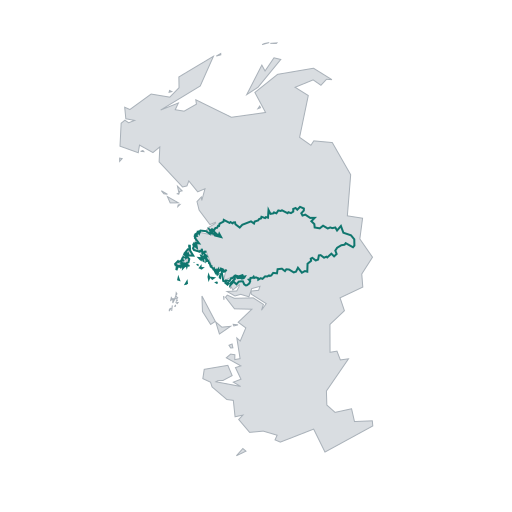 Krasnoyarsk on a map of Russia (orthographic projection), rotated 258°
{"feature_id": "RUS-2603", "entity_name": "Krasnoyarsk", "entity_type": "Territory", "adm_level": 1, "iso_a3": "RUS", "parent_name": "Russia", "parent_adm1": "", "projection": "orthographic", "projection_center": [95.961, 66.535], "detail": "fine", "context": "in_parent", "style": "outline", "palette": "teal", "viewbox_px": 512, "rotation_deg": 258, "n_neighbors": 0, "source": "natural_earth", "source_scale": "10m", "svg_char_len": 9827}
<svg xmlns="http://www.w3.org/2000/svg" viewBox="0 0 512 512"><g transform="rotate(258 256 256)"><path d="M427.7,351.3L412.7,366.9L414.2,361.7L409.5,355.0L416.4,348.5L412.9,329.3L402.1,340.5L363.0,323.3L352.9,332.7L356.6,336.5L351.1,354.2L315.8,365.5L276.3,353.7L270.8,368.1L251.1,361.1L230.6,369.7L216.4,355.7L203.4,354.0L197.6,329.5L184.1,331.1L173.7,314.1L146.4,308.4L146.1,315.4L136.8,316.9L136.2,325.1L109.3,296.8L95.5,294.3L86.6,300.8L86.7,317.7L73.6,317.9L70.6,335.5L65.5,334.9L49.9,282.7L74.7,276.4L68.9,241.1L72.2,236.4L76.3,239.4L83.2,226.7L84.8,213.1L99.7,205.1L103.1,210.1L103.1,202.1L119.5,203.8L121.7,197.6L137.1,185.8L142.0,185.3L147.1,178.5L155.9,181.8L154.9,205.7L144.0,207.8L141.1,197.8L142.0,192.9L141.3,190.6L131.6,213.8L137.3,207.6L138.6,215.7L151.1,212.7L151.7,218.3L162.6,205.8L165.3,210.8L163.8,214.8L159.1,213.7L158.9,219.1L179.8,220.2L176.1,222.9L187.8,231.1L194.9,224.8L204.8,240.9L208.8,224.0L222.0,217.6L223.7,219.8L219.1,226.1L215.6,244.6L207.1,253.2L201.8,250.1L207.3,256.1L219.6,243.5L222.7,243.8L221.9,251.4L225.5,253.6L225.0,245.0L217.6,240.6L221.7,233.0L221.3,227.1L227.3,220.3L225.8,229.9L230.0,233.4L231.4,233.7L227.6,226.3L232.9,224.8L240.4,231.0L237.0,237.4L238.2,240.8L241.2,231.4L238.5,218.9L248.5,223.8L250.7,219.7L248.6,214.2L251.0,211.3L270.6,208.3L269.3,204.2L275.7,196.0L291.7,203.9L281.9,225.8L289.3,216.6L294.0,216.1L296.1,222.4L296.7,223.4L297.4,223.3L296.3,217.5L312.7,209.9L321.5,209.6L325.1,214.8L321.6,214.5L332.4,220.1L330.9,212.3L343.4,205.9L338.9,203.0L338.8,198.5L368.2,180.8L382.7,184.6L378.6,176.7L388.7,165.1L381.5,162.3L391.7,145.8L413.9,151.7L416.1,156.0L412.8,159.1L413.9,165.4L417.3,157.2L428.8,158.5L425.5,163.1L436.2,187.1L429.3,204.7L436.6,215.7L447.2,217.8L460.2,255.9L433.9,236.8L418.6,193.1L421.8,211.9L415.9,207.4L412.6,215.8L416.9,229.3L421.3,229.6L396.8,260.8L394.4,295.2L416.2,288.9L429.2,314.9L427.7,351.3ZM228.1,194.8L200.5,202.6L198.5,197.4L212.9,192.1L228.1,194.8ZM415.8,280.5L441.5,301.4L435.1,303.3L446.1,314.8L443.1,321.1L420.6,293.0L415.8,280.5ZM187.3,204.0L199.9,202.9L193.5,207.8L192.5,216.5L187.3,204.0ZM324.1,191.2L325.8,183.1L332.5,181.7L324.1,191.2ZM264.1,182.4L269.9,189.1L261.9,186.0L264.1,182.4ZM262.6,176.7L267.1,178.8L260.6,180.7L262.6,176.7ZM271.6,186.6L276.6,190.6L269.4,194.7L271.6,186.6ZM334.8,182.2L336.0,178.8L339.5,177.0L334.8,182.2ZM64.7,195.3L70.4,203.1L67.2,205.6L64.7,195.3ZM222.5,162.9L225.1,163.9L219.8,162.1L222.5,162.9ZM335.0,193.7L340.6,193.7L335.1,197.3L335.0,193.7ZM174.9,214.3L171.0,214.3L171.3,212.1L174.3,211.0L174.9,214.3ZM227.3,164.8L229.8,165.4L230.0,167.0L227.3,164.8ZM233.7,169.2L231.4,170.7L230.4,169.0L231.7,167.9L233.7,169.2ZM235.4,170.8L234.0,169.4L236.7,170.3L235.4,170.8ZM193.9,219.5L192.4,224.1L192.2,219.8L193.9,219.5ZM262.8,183.5L260.9,184.8L259.9,182.9L262.8,183.5ZM230.3,163.3L233.0,164.5L231.1,165.3L230.3,163.3ZM380.1,143.0L379.1,145.3L376.9,142.3L380.1,143.0ZM222.0,160.3L222.7,162.1L220.1,159.6L222.0,160.3ZM222.8,216.2L219.8,215.5L223.0,215.9L222.8,216.2ZM291.4,212.7L293.3,215.1L290.8,214.1L291.4,212.7ZM382.3,164.9L382.7,167.3L381.4,168.0L382.3,164.9ZM228.8,169.7L228.2,168.2L229.6,170.1L228.8,169.7ZM231.5,165.7L231.1,167.5L230.5,165.7L231.5,165.7ZM461.5,305.9L462.1,308.5L462.0,313.3L461.5,305.9ZM226.9,168.2L226.7,170.1L225.8,169.1L226.9,168.2ZM232.9,224.3L230.3,224.8L229.9,224.4L232.9,224.3ZM435.9,205.9L434.3,207.8L434.2,205.0L435.9,205.9ZM333.2,192.0L334.0,194.2L332.5,193.3L333.2,192.0ZM399.7,288.5L401.9,290.8L400.1,291.2L399.7,288.5ZM459.8,258.7L461.4,263.6L460.1,263.4L459.8,258.7ZM224.9,167.2L223.6,166.8L223.7,166.1L224.9,167.2ZM235.3,221.0L234.3,222.9L234.0,222.2L235.3,221.0ZM322.1,190.5L322.1,192.2L320.6,189.8L322.1,190.5ZM459.7,320.1L461.0,314.2L460.1,320.7L459.7,320.1Z" fill="#d9dde1" stroke="#a8b0b8" stroke-width="1"/><path d="M232.9,224.9L234.7,225.6L237.8,230.5L240.7,231.0L239.9,232.8L238.2,233.3L237.8,236.4L236.8,237.5L236.9,239.8L237.0,237.5L239.1,235.2L239.2,236.8L237.4,240.1L238.3,240.9L238.3,239.3L240.1,238.8L239.6,234.7L241.3,231.7L239.2,228.4L239.5,227.2L237.1,225.0L238.0,222.5L237.3,221.0L238.0,220.9L237.6,220.1L238.4,218.8L249.9,219.2L247.3,221.2L247.3,222.2L248.6,224.4L247.4,221.5L249.8,220.8L250.9,219.2L248.4,216.0L250.7,216.3L249.6,215.2L250.1,215.0L248.5,214.2L249.2,213.2L250.4,214.7L250.2,214.1L251.4,212.8L251.1,212.5L252.1,212.4L251.0,211.4L252.4,211.9L254.8,209.7L255.4,210.2L255.9,209.4L258.4,209.2L258.7,208.6L259.7,208.7L261.5,208.1L262.5,207.6L260.5,207.4L262.2,206.9L261.8,206.4L266.2,207.5L265.9,208.0L269.4,205.5L270.8,206.8L270.6,208.4L271.0,206.4L269.3,204.1L274.3,204.5L272.2,203.6L272.6,202.3L272.0,201.7L274.7,196.6L276.7,196.0L279.1,197.8L276.4,199.9L281.2,200.1L280.2,202.9L286.4,200.0L288.4,201.3L288.1,202.2L289.4,201.9L289.2,202.6L289.9,203.0L289.6,203.7L290.2,202.1L291.3,204.5L291.9,204.3L291.9,206.3L291.8,205.6L291.0,205.6L291.0,205.4L289.9,204.9L289.6,205.0L292.4,207.0L290.7,212.2L287.7,215.1L288.4,215.1L286.1,219.7L284.6,220.1L281.8,225.8L285.4,224.7L283.5,223.6L290.9,218.3L291.3,218.6L290.0,220.4L291.8,222.1L291.7,223.8L293.4,225.2L293.1,226.1L295.2,227.1L296.4,231.4L298.0,232.0L293.9,237.0L294.5,238.1L292.8,239.9L293.5,240.9L293.3,242.5L291.3,242.5L287.2,246.0L289.4,249.1L290.9,258.3L288.2,260.8L290.0,261.9L290.4,265.6L291.5,266.7L291.7,268.7L293.2,269.5L291.2,272.8L292.0,273.8L291.0,275.7L298.4,277.8L294.2,278.9L294.1,282.0L294.9,282.7L293.5,284.8L295.9,287.3L294.9,289.6L295.3,290.9L291.3,295.8L292.1,296.8L290.7,299.1L291.7,301.7L294.3,302.2L294.7,304.7L292.7,306.0L294.9,309.3L292.5,312.7L290.5,312.2L288.4,309.2L285.9,309.9L286.2,312.8L282.0,316.9L281.1,321.3L278.5,317.4L275.1,319.7L271.7,319.3L269.8,324.1L271.7,327.9L268.0,331.9L268.5,334.5L267.4,336.4L267.4,339.5L264.1,340.6L267.7,345.3L260.6,346.3L256.5,353.2L251.9,355.6L245.7,354.4L244.4,352.7L249.9,346.4L248.6,345.0L248.8,341.7L247.2,337.1L244.8,334.7L241.2,335.3L239.4,332.3L242.6,330.2L239.8,325.4L240.7,324.7L240.2,322.2L243.4,319.4L243.5,317.6L239.6,316.0L239.2,313.5L242.5,310.7L242.0,309.0L239.8,308.9L237.7,304.8L230.0,302.9L231.1,300.7L230.1,297.4L235.8,294.6L232.4,291.9L232.1,289.5L235.9,285.5L236.7,282.9L235.2,281.2L238.2,278.7L238.6,274.4L234.7,272.9L235.9,269.3L233.8,266.9L233.6,265.3L234.3,264.7L233.6,262.8L234.2,260.7L232.3,257.6L233.3,256.0L232.4,253.3L233.8,253.5L235.1,251.5L234.9,249.7L236.3,249.4L235.4,248.2L235.7,246.1L234.4,245.6L234.4,244.1L232.6,245.1L230.5,243.7L229.3,241.1L229.3,240.0L230.7,238.6L233.9,237.9L234.3,236.3L234.5,233.8L232.4,231.0L235.5,228.8L232.9,224.9ZM269.8,188.6L266.9,190.1L263.8,188.6L263.3,186.1L262.6,186.2L262.8,185.3L262.1,186.3L261.7,185.6L263.8,184.1L263.3,183.6L264.1,182.3L266.9,181.9L267.4,182.6L266.5,184.7L267.9,182.6L269.6,183.9L269.4,187.0L268.7,187.1L269.8,188.6ZM265.0,175.2L267.2,178.6L266.3,179.0L266.7,181.0L266.4,181.6L263.6,182.2L262.8,183.0L261.0,181.8L262.3,181.1L260.4,181.0L261.7,180.5L261.0,180.1L261.9,179.8L262.5,178.1L261.7,178.2L262.3,176.9L264.8,175.7L264.4,175.3L265.0,175.2ZM276.7,190.7L276.2,192.3L269.4,194.7L270.5,190.3L271.4,190.2L271.0,190.0L271.0,188.9L271.2,188.6L271.8,188.9L271.1,188.4L271.2,187.5L272.3,186.0L273.4,186.7L272.8,189.7L274.0,187.4L276.7,190.7ZM259.7,182.4L262.8,183.6L261.9,184.6L260.7,184.8L261.2,184.5L259.7,182.4ZM291.5,216.0L288.9,219.0L288.4,218.2L288.9,216.7L291.5,216.0ZM235.5,223.2L235.1,223.5L233.9,222.2L235.4,221.0L235.5,223.2ZM261.0,175.9L260.6,176.5L259.4,175.7L259.6,175.4L261.0,175.9ZM249.1,175.0L250.2,175.5L248.7,175.7L249.1,175.0ZM244.8,182.9L243.8,182.8L243.8,182.4L243.4,182.1L243.4,181.6L244.8,182.9ZM266.2,205.6L265.7,206.6L264.1,205.9L264.3,205.5L266.2,205.6ZM265.9,199.9L265.5,201.2L264.1,201.1L264.4,200.8L265.9,199.9ZM244.0,207.8L243.3,209.8L242.8,208.6L244.0,207.8ZM280.0,192.8L279.8,193.4L278.4,193.2L279.5,192.6L280.0,192.8ZM256.1,198.8L256.7,199.5L255.8,199.3L256.1,198.8ZM238.5,239.2L239.8,237.1L239.1,238.8L238.5,239.2ZM250.9,212.4L250.3,212.9L250.6,213.4L249.5,212.7L250.9,212.4ZM287.8,200.7L288.3,200.2L289.0,200.9L288.9,201.4L287.8,200.7ZM278.6,192.0L278.1,192.8L277.8,192.7L278.6,192.0ZM243.7,216.4L244.4,216.9L243.0,216.6L243.7,216.4ZM255.6,199.8L255.4,200.7L255.1,200.1L255.3,199.8L255.6,199.8ZM248.5,214.6L249.1,215.1L248.2,215.2L248.5,214.6ZM247.6,214.5L248.2,215.0L247.4,214.7L247.6,214.5ZM246.3,205.6L245.6,205.7L244.8,205.2L245.4,205.2L246.3,205.6ZM280.6,197.6L281.1,198.0L280.4,198.4L280.6,197.6ZM265.5,202.9L265.7,203.5L265.1,203.5L265.5,202.9ZM242.4,216.1L242.9,216.5L242.2,216.3L242.4,216.1ZM266.3,207.1L267.2,206.6L266.3,207.3L266.3,207.1ZM266.8,205.4L266.7,205.8L266.3,206.2L266.5,205.1L266.8,205.4ZM238.2,211.8L238.3,212.8L237.9,212.1L238.2,211.8ZM248.5,213.7L247.6,213.3L248.3,213.1L248.5,213.7ZM246.9,214.8L246.3,215.0L246.6,215.4L246.1,214.9L246.9,214.8ZM245.6,217.5L245.5,217.9L244.7,217.4L245.6,217.5ZM263.4,206.0L263.5,206.1L262.9,205.9L263.4,206.0ZM248.7,220.5L249.2,220.7L248.5,220.7L248.7,220.5ZM279.8,197.1L279.6,197.6L279.4,197.6L279.5,197.1L279.8,197.1ZM264.0,202.9L264.3,203.2L263.5,203.3L264.0,202.9ZM269.6,184.7L270.0,184.8L269.6,185.2L269.6,184.7ZM260.4,186.3L261.2,186.3L260.9,186.6L260.4,186.3ZM267.3,202.9L267.5,203.6L267.0,203.0L267.3,202.9ZM243.8,205.2L244.6,205.8L243.7,205.2L243.8,205.2ZM264.4,203.0L265.0,203.0L264.5,203.3L264.4,203.0ZM261.8,186.4L261.5,186.6L261.3,186.4L261.6,186.3L261.8,186.4ZM262.6,194.1L262.2,194.1L262.6,194.1ZM263.4,182.8L263.2,183.1L263.0,182.9L263.4,182.8ZM290.3,201.5L289.9,201.6L290.3,201.5ZM260.8,188.0L261.4,188.5L260.7,188.1L260.8,188.0ZM267.5,202.5L267.3,202.8L266.9,202.6L267.5,202.5ZM259.8,197.1L260.0,197.3L259.7,197.2L259.8,197.1ZM265.8,205.2L266.3,205.1L265.8,205.2ZM262.3,203.5L262.9,203.7L262.2,203.6L262.3,203.5ZM259.7,185.6L260.1,186.1L259.4,185.4L259.7,185.6ZM263.9,205.9L264.0,206.3L263.7,206.2L263.9,205.9ZM278.6,198.5L278.6,198.2L278.8,198.3L278.6,198.5Z" fill="none" stroke="#0f766e" stroke-width="2"/></g></svg>